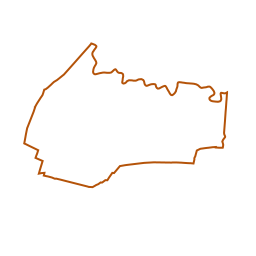 Vladesti, Galati, Romania, rotated 287°
{"feature_id": "2599482B37286329555394", "entity_name": "Vladesti", "entity_type": "district", "adm_level": 2, "iso_a3": "ROU", "parent_name": "Romania", "parent_adm1": "Galati", "projection": "mercator", "projection_center": [28.094, 45.834], "detail": "fine", "context": "isolated", "style": "outline", "palette": "amber", "viewbox_px": 256, "rotation_deg": 287, "n_neighbors": 0, "source": "geoboundaries", "source_scale": "gbopen_adm2", "svg_char_len": 5214}
<svg xmlns="http://www.w3.org/2000/svg" viewBox="0 0 256 256"><g transform="rotate(287 128 128)"><path d="M191.0,212.3L190.9,212.2L190.5,211.9L190.2,211.6L189.5,210.6L189.4,210.2L189.2,209.6L189.2,209.1L189.1,208.4L189.0,207.2L188.8,206.7L188.2,206.5L187.6,206.6L186.6,207.1L185.6,207.6L184.7,208.0L183.6,208.5L182.5,208.8L181.1,208.6L180.3,208.0L180.1,207.5L179.7,207.0L179.3,206.1L179.2,205.4L178.9,204.3L178.7,203.2L178.5,202.1L178.3,200.9L178.3,199.8L178.4,199.2L178.8,198.2L179.2,197.7L179.6,197.4L180.1,197.2L180.7,197.1L181.2,197.3L182.2,197.9L183.0,198.5L183.8,199.3L184.6,200.1L185.1,200.3L185.6,200.5L186.1,200.5L186.8,200.4L187.3,200.1L187.7,199.8L188.5,199.1L189.2,198.2L190.2,196.8L190.7,195.9L191.0,195.4L191.4,194.4L191.4,193.8L191.2,193.1L191.0,192.7L190.9,192.3L190.2,191.4L189.9,190.9L189.4,189.9L189.0,188.9L188.5,187.9L188.0,187.0L187.8,186.4L187.9,185.9L188.0,185.3L188.2,184.8L188.7,183.8L189.2,182.8L189.4,182.2L189.6,181.1L189.7,180.6L189.7,180.0L189.6,178.9L189.6,178.3L189.5,177.8L189.3,176.7L189.1,175.7L188.8,174.6L188.6,173.5L188.1,171.4L187.8,169.8L187.7,168.7L187.6,168.2L187.3,166.5L187.2,165.6L187.0,164.6L186.8,163.6L186.3,162.7L185.8,162.5L185.4,162.5L184.8,162.5L183.8,162.7L182.8,163.0L181.8,163.1L180.7,163.1L180.2,163.0L179.2,163.0L178.1,163.0L177.0,163.1L176.6,162.9L175.6,162.7L175.1,162.5L174.1,162.0L173.3,161.5L172.9,161.2L172.3,160.6L172.2,159.8L172.3,159.3L172.6,158.8L172.9,158.4L173.5,157.6L173.9,157.3L174.3,156.9L175.0,156.1L176.7,154.2L177.5,153.5L178.5,152.4L178.8,152.0L179.1,151.5L179.1,151.1L178.9,150.6L178.6,150.2L178.0,149.4L177.3,148.6L176.6,147.9L175.1,146.4L174.8,146.0L174.6,145.5L174.4,145.0L174.7,144.0L175.3,143.2L175.7,142.8L176.2,142.5L177.5,141.7L177.7,141.3L177.7,140.8L177.5,139.7L177.2,138.8L177.0,138.3L176.8,137.8L176.3,136.9L175.7,136.1L175.0,135.2L174.4,134.5L173.8,133.6L173.8,132.6L174.3,131.7L175.0,131.0L175.5,130.7L176.4,130.2L177.3,129.7L177.7,129.3L178.1,128.9L178.4,128.4L178.4,127.9L178.6,127.3L178.6,126.2L178.3,125.7L177.7,124.2L177.4,123.8L177.0,123.3L176.3,122.6L175.6,121.7L175.4,121.2L175.2,120.6L174.9,119.6L174.8,118.5L174.6,117.3L174.4,116.8L174.2,115.8L174.0,115.3L173.8,114.8L173.4,114.4L172.7,113.6L172.2,113.2L171.7,113.1L171.2,112.9L170.8,112.6L169.9,111.9L169.2,110.7L169.2,110.4L169.3,109.8L169.6,109.3L170.1,109.1L170.7,109.0L171.8,108.9L173.9,108.5L176.1,108.3L177.6,107.7L178.1,107.3L178.3,106.8L178.5,106.3L178.6,105.3L178.5,104.8L178.3,104.2L178.1,103.2L178.3,102.1L178.6,101.6L178.9,101.1L179.6,100.3L180.3,99.4L180.5,98.9L180.3,98.5L180.0,98.1L179.5,97.7L178.6,97.2L177.6,96.6L176.7,96.1L176.2,95.7L175.6,94.7L175.2,93.7L174.6,91.5L174.2,89.5L174.1,89.0L173.8,88.2L173.4,87.3L172.9,86.4L172.4,85.4L171.7,84.2L171.0,83.1L170.4,82.1L169.9,81.3L169.8,80.7L169.7,80.2L169.9,79.7L170.2,79.1L170.6,78.7L171.0,78.4L171.8,78.1L172.8,78.0L173.9,77.8L174.6,77.8L175.7,77.8L176.7,78.0L177.7,78.2L178.7,78.5L180.0,78.7L180.4,78.8L180.9,78.7L181.4,78.5L181.9,78.2L182.5,77.7L183.1,77.1L183.6,76.5L183.9,76.2L184.8,75.1L185.5,74.4L186.2,73.7L186.9,73.0L187.4,72.7L188.0,72.4L188.5,72.2L189.2,72.1L189.9,72.1L190.6,72.2L191.1,72.4L191.6,72.6L192.1,72.7L192.6,72.8L193.4,73.1L194.0,73.3L194.5,73.5L195.5,73.8L196.5,74.0L197.0,73.8L197.3,73.4L197.5,72.9L197.7,72.4L197.9,71.9L197.9,71.4L198.0,70.4L198.1,69.4L198.1,68.2L197.6,68.1L196.7,67.7L194.8,66.9L185.7,62.7L176.9,58.7L169.7,55.4L160.4,51.1L158.5,49.8L153.2,46.2L150.4,43.7L148.7,42.7L147.0,41.8L143.0,39.4L141.0,37.9L140.2,36.7L136.2,36.7L134.4,36.6L130.6,35.4L130.1,35.3L128.4,34.8L125.2,33.9L122.6,33.3L121.4,33.1L120.9,32.9L120.8,33.1L120.5,33.1L117.0,33.0L116.1,33.0L99.3,31.7L98.5,31.6L97.4,31.7L96.3,31.8L92.3,32.2L89.1,32.6L85.6,33.0L83.8,33.2L82.9,33.3L82.8,33.8L82.7,34.9L82.1,38.4L80.5,48.6L78.1,48.6L77.2,48.6L74.8,48.4L72.4,48.3L71.5,56.0L65.8,56.0L63.1,56.0L58.3,56.1L59.5,58.3L60.7,61.2L59.8,61.3L59.2,61.3L58.5,61.4L57.9,61.4L58.0,63.0L58.1,64.3L58.2,64.9L58.3,66.7L58.4,69.7L58.3,70.9L58.1,72.7L58.2,73.3L58.5,73.8L58.6,74.2L58.9,78.9L59.1,83.5L60.2,106.2L60.2,108.0L60.4,108.5L61.1,111.4L63.3,113.5L63.8,113.9L64.7,114.9L65.6,116.0L66.8,116.9L67.9,117.7L68.2,119.1L68.7,119.5L69.3,120.0L69.6,120.2L71.5,121.6L72.0,123.5L72.5,123.7L73.3,123.9L74.1,124.1L74.9,124.3L79.5,125.8L80.5,126.1L80.8,127.8L82.4,128.5L89.2,131.4L91.4,135.7L92.2,137.4L93.0,139.2L99.4,153.7L102.7,162.7L103.4,165.1L106.5,175.8L107.7,179.9L108.0,180.5L109.1,184.0L110.5,189.4L110.6,189.9L110.8,190.8L112.0,195.9L112.4,197.4L112.6,198.0L113.2,201.0L114.6,200.9L115.8,200.8L117.2,200.7L117.6,200.6L118.0,200.4L118.7,200.3L118.9,200.3L119.3,200.3L120.3,200.6L126.4,200.4L126.6,200.4L129.3,203.3L130.3,205.5L131.1,207.2L132.1,209.4L132.5,210.4L133.0,211.5L134.3,214.4L135.5,217.5L135.0,217.6L135.6,220.1L135.7,220.6L136.8,224.2L136.9,224.4L138.5,224.2L139.7,224.0L140.2,223.7L141.1,223.2L142.1,222.5L142.2,222.4L142.5,222.2L142.7,222.3L142.8,222.3L143.2,222.3L143.4,222.2L143.6,222.2L143.8,222.3L144.2,222.3L144.5,222.4L144.9,222.5L147.6,223.5L147.9,223.5L148.4,223.3L150.1,221.9L150.7,221.6L151.4,221.3L163.0,218.7L172.5,216.5L174.9,216.0L182.7,214.2L183.8,214.0L188.0,213.0L189.3,212.7L190.0,212.6L190.3,212.5L191.0,212.3Z" fill="none" stroke="#b45309" stroke-width="2"/></g></svg>